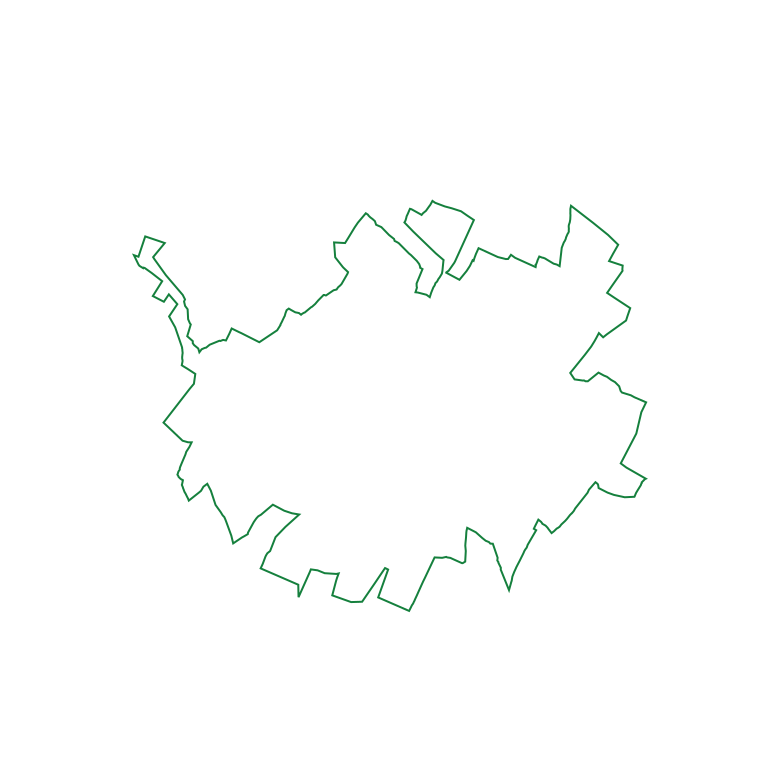 outline of Sotuta, Yucatán, Mexico, rotated 19°
{"feature_id": "50627088B40990940579560", "entity_name": "Sotuta", "entity_type": "district", "adm_level": 2, "iso_a3": "MEX", "parent_name": "Mexico", "parent_adm1": "Yucatán", "projection": "natural_earth1", "projection_center": [-88.999, 20.615], "detail": "fine", "context": "isolated", "style": "outline", "palette": "green", "viewbox_px": 768, "rotation_deg": 19, "n_neighbors": 0, "source": "geoboundaries", "source_scale": "gbopen_adm2", "svg_char_len": 6153}
<svg xmlns="http://www.w3.org/2000/svg" viewBox="0 0 768 768"><g transform="rotate(19 384 384)"><path d="M571.1,194.3L565.4,194.4L556.8,194.5L558.2,186.1L560.1,176.1L547.3,170.1L529.1,163.5L502.8,154.6L503.2,157.7L503.5,158.7L503.9,159.7L504.6,161.9L504.8,162.5L505.2,163.3L505.4,163.9L505.6,164.6L506.5,167.7L506.7,168.8L506.8,169.4L507.0,170.7L507.0,171.7L507.0,172.5L507.0,173.2L507.2,174.5L508.0,176.5L508.3,177.1L508.6,178.4L509.1,179.6L509.1,181.0L508.8,181.8L508.6,183.5L508.5,185.2L508.4,186.0L508.6,187.7L508.5,188.5L508.4,189.8L508.1,190.8L507.9,192.1L507.8,195.0L507.7,197.3L508.7,201.8L511.7,215.4L508.5,214.8L505.2,215.0L497.2,213.3L495.5,212.9L493.5,212.8L492.5,213.0L489.3,212.9L488.9,217.2L489.0,218.0L488.9,221.2L488.5,221.8L489.1,222.7L489.3,224.1L466.9,222.0L462.0,220.5L460.6,225.4L458.5,226.2L450.3,226.9L429.2,224.8L428.6,231.1L428.5,235.7L428.6,238.4L427.5,238.1L426.8,244.3L425.3,250.3L421.4,260.9L406.6,258.5L406.6,258.1L408.3,255.8L411.0,246.5L411.3,244.6L415.6,199.7L408.0,197.7L400.6,195.6L390.8,195.8L383.7,196.3L373.4,196.0L370.2,195.1L369.4,199.8L369.0,200.9L367.3,206.6L365.3,209.8L364.5,211.9L363.2,211.6L353.0,209.8L351.5,209.9L351.1,215.3L350.8,218.0L351.0,220.1L351.1,222.6L350.7,224.6L361.9,230.3L390.4,243.6L400.0,247.4L400.1,248.3L402.4,258.0L402.8,260.8L401.9,265.1L401.3,266.8L400.8,269.9L399.8,271.9L399.8,274.3L399.2,276.6L398.9,282.3L399.0,287.0L395.1,285.8L386.2,286.5L383.9,287.0L383.8,282.7L383.7,281.9L383.1,281.1L382.1,278.4L383.0,262.8L380.3,262.3L380.1,261.5L378.3,259.2L374.9,256.9L367.5,253.3L365.2,252.5L352.0,246.0L349.5,245.5L347.5,245.3L346.3,243.6L340.3,241.5L330.4,236.5L324.7,236.0L322.4,233.0L319.6,231.8L316.8,230.9L314.7,229.9L313.6,229.1L311.2,228.5L306.8,239.9L305.3,245.4L302.7,257.3L301.3,263.4L290.7,266.4L296.6,280.1L306.8,286.7L307.7,287.2L313.6,289.9L313.6,291.5L311.3,303.3L310.5,305.1L309.1,307.5L308.4,310.1L305.8,311.8L300.3,319.2L299.5,319.3L298.9,319.2L297.9,319.5L294.4,326.8L294.2,327.5L293.9,328.1L292.9,330.7L290.8,334.4L290.1,335.1L285.8,342.2L285.0,342.8L283.5,344.6L283.0,345.5L280.5,344.6L280.0,344.7L279.6,344.7L276.8,345.1L272.2,344.3L269.4,343.7L267.9,345.9L267.8,349.1L268.0,352.1L267.8,353.0L267.3,357.4L267.3,357.8L266.7,361.7L266.9,362.0L265.5,368.0L252.5,385.1L232.8,382.4L231.0,382.2L230.8,382.2L230.6,382.2L221.9,381.1L221.4,386.7L220.4,394.3L217.5,394.7L215.3,396.6L214.3,396.7L206.4,403.6L204.0,407.5L202.7,408.3L200.3,410.5L199.1,414.1L196.8,410.9L191.7,409.0L189.9,407.7L189.5,406.4L189.2,405.7L182.4,402.9L181.9,390.6L180.7,389.8L177.7,386.5L174.0,377.3L170.5,374.9L168.1,371.1L168.3,368.8L164.7,365.3L142.3,352.1L126.1,340.6L124.4,339.2L130.8,322.1L125.9,322.1L110.2,322.2L110.4,343.6L105.6,343.6L113.0,351.0L114.3,351.9L118.6,352.9L118.7,352.3L119.9,352.2L128.3,354.7L140.8,359.0L136.8,376.1L149.1,377.9L151.4,369.3L162.6,375.8L158.8,390.1L168.1,398.4L181.2,415.2L181.4,415.9L181.9,416.6L182.6,418.3L182.8,418.7L183.5,420.2L183.7,421.1L183.8,421.8L184.0,422.6L184.2,423.3L184.3,424.0L184.7,425.1L185.2,426.3L185.7,426.9L186.2,428.5L186.7,432.2L194.0,433.8L202.3,435.9L204.2,445.7L201.9,451.7L188.1,492.3L212.0,503.2L217.7,502.9L221.1,501.8L220.5,506.8L219.1,512.5L219.2,515.3L218.5,525.1L218.3,528.6L218.3,529.5L218.4,530.5L218.8,531.5L218.3,532.9L218.1,534.4L218.2,535.2L218.2,537.0L218.9,537.5L219.4,537.9L219.9,538.6L221.4,539.4L222.8,540.0L224.2,540.3L224.9,540.2L225.2,540.5L225.7,544.4L225.7,545.2L227.4,547.1L228.0,548.0L229.0,549.1L229.8,550.2L230.3,550.6L230.7,551.2L231.9,552.1L232.5,552.7L233.2,553.4L234.2,554.4L234.7,554.9L235.9,556.0L237.4,557.8L244.5,546.7L245.8,544.5L246.7,539.9L249.4,535.9L255.0,541.2L264.1,553.2L271.3,558.3L274.2,560.7L276.3,561.8L277.8,563.4L279.5,565.4L289.0,577.1L293.3,583.8L299.7,575.3L300.9,574.0L301.0,573.9L304.1,570.3L303.8,568.8L305.8,557.0L306.5,554.5L307.1,552.5L308.2,550.0L310.2,547.7L318.2,534.3L331.0,536.3L339.1,536.2L346.3,535.0L337.3,551.2L331.3,564.1L330.7,579.0L328.8,582.0L328.3,584.3L328.1,585.8L327.9,593.5L327.4,598.5L368.3,601.7L372.6,613.4L375.1,585.5L375.2,583.1L381.9,581.8L389.5,582.2L400.8,579.1L402.8,577.9L402.7,582.7L402.8,585.8L403.9,600.7L423.9,600.9L434.2,597.0L440.3,574.9L444.9,557.7L446.0,557.8L448.3,558.1L448.0,587.7L481.6,590.4L481.8,589.1L482.3,585.2L482.4,584.2L482.7,583.2L483.0,582.1L483.2,579.9L483.4,578.9L483.4,577.8L483.5,577.0L483.6,576.0L483.9,573.2L484.1,570.9L484.2,569.7L484.6,565.5L484.9,562.1L485.3,557.9L485.6,555.6L485.8,554.0L486.0,552.2L488.3,531.5L495.6,529.4L499.2,527.2L500.1,527.4L503.4,526.8L505.1,527.0L516.0,528.0L516.8,527.7L518.6,525.5L515.7,515.3L513.5,510.4L512.9,508.2L511.8,503.6L511.4,502.0L510.2,497.7L509.8,495.9L509.6,493.7L509.5,492.9L519.1,494.3L527.0,497.6L531.2,499.1L534.7,499.3L536.5,500.3L538.9,499.6L548.0,511.3L548.6,514.0L550.1,515.1L550.3,515.7L554.3,519.7L554.8,521.5L556.3,523.2L569.3,538.2L569.0,533.0L568.8,529.8L568.8,528.5L568.1,524.4L568.3,519.3L568.6,516.4L568.8,513.9L569.5,509.2L569.8,507.3L570.9,498.9L571.1,496.2L571.3,495.2L571.6,494.0L571.9,493.1L572.2,492.2L572.2,490.0L572.2,489.3L573.7,481.7L575.5,472.7L572.8,472.1L573.1,469.4L574.1,462.0L577.4,463.2L577.8,463.5L578.6,464.0L579.2,464.6L582.9,465.3L585.4,466.6L586.9,467.7L591.0,470.4L592.7,467.8L594.4,464.4L594.9,463.9L595.5,463.2L595.8,462.7L596.4,462.0L596.5,461.8L597.4,459.1L599.9,454.4L601.0,451.8L602.5,447.4L603.7,444.9L603.8,444.9L604.8,442.2L605.3,439.4L611.9,420.5L612.2,417.2L615.9,408.0L617.9,408.7L618.9,409.2L619.7,410.4L619.9,410.8L620.8,412.5L630.7,413.9L637.5,414.0L648.5,412.7L657.5,409.1L657.6,408.6L657.6,408.1L657.8,404.9L658.5,401.6L659.8,396.0L659.7,395.0L659.9,394.1L660.0,393.6L659.7,393.1L661.7,389.0L662.4,388.3L640.4,384.1L633.7,382.0L638.7,348.7L636.5,326.9L637.8,316.0L625.1,315.0L621.1,314.3L611.8,314.6L610.0,313.5L607.1,309.6L601.8,307.0L597.5,306.2L592.5,304.6L589.1,304.4L583.1,303.4L575.8,315.1L573.6,315.8L571.9,315.5L570.9,316.0L562.7,317.6L556.5,312.9L564.4,291.1L567.7,281.2L569.1,275.0L569.8,271.1L570.6,265.9L576.0,268.5L578.6,264.4L592.2,245.2L592.1,240.3L592.1,232.1L585.4,230.4L574.0,227.5L565.3,225.2L567.6,217.0L572.7,199.3L572.0,197.9L571.1,194.3Z" fill="none" stroke="#15803d" stroke-width="2"/></g></svg>